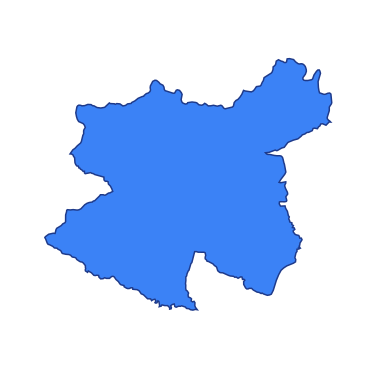 Quirinópolis, Goiás, Brazil (Mercator projection), rotated 351°
{"feature_id": "56859067B31652002665085", "entity_name": "Quirinópolis", "entity_type": "district", "adm_level": 2, "iso_a3": "BRA", "parent_name": "Brazil", "parent_adm1": "Goiás", "projection": "mercator", "projection_center": [-50.519, -18.453], "detail": "fine", "context": "isolated", "style": "filled", "palette": "blue", "viewbox_px": 384, "rotation_deg": 351, "n_neighbors": 0, "source": "geoboundaries", "source_scale": "gbopen_adm2", "svg_char_len": 5957}
<svg xmlns="http://www.w3.org/2000/svg" viewBox="0 0 384 384"><g transform="rotate(351 192 192)"><path d="M283.3,277.2L283.9,274.9L283.3,273.0L285.1,268.5L286.4,267.1L286.7,265.0L288.6,265.0L289.9,264.5L288.8,263.8L289.8,263.4L289.3,262.3L290.0,261.5L290.7,259.3L293.2,256.4L292.8,254.7L291.2,254.4L291.1,252.8L290.6,251.6L288.2,250.6L287.2,249.9L285.8,247.4L285.9,246.1L287.7,245.0L287.3,243.4L285.6,242.8L286.9,241.0L285.5,239.7L285.9,238.2L283.8,236.8L283.9,235.4L283.3,233.7L284.2,231.8L283.5,230.4L283.2,226.0L281.9,222.6L281.7,220.3L277.2,219.8L276.3,217.3L276.8,215.5L277.8,215.4L282.2,216.2L283.8,216.0L284.3,215.1L283.9,211.4L286.2,209.0L286.2,207.2L284.9,203.0L284.5,200.5L284.9,199.4L286.0,197.9L286.2,196.6L281.0,196.7L279.5,196.1L281.6,193.6L286.5,188.9L287.8,187.0L287.6,179.0L287.3,177.5L287.1,174.1L286.8,172.0L285.9,170.6L284.4,169.9L281.6,169.5L278.8,168.7L274.5,167.0L272.8,166.8L271.5,166.0L270.7,164.7L274.3,164.9L280.8,163.6L281.7,164.3L282.8,164.4L287.5,162.6L290.1,162.3L294.3,158.2L295.3,157.8L300.4,156.6L304.9,156.1L308.5,154.0L309.9,152.8L312.7,152.3L314.7,151.2L316.6,151.3L320.4,150.2L321.5,148.2L323.0,148.1L325.8,149.1L327.2,147.4L328.7,146.7L329.7,145.0L331.6,145.0L334.8,147.0L338.4,144.3L339.9,144.6L339.1,143.4L338.0,142.4L337.1,140.8L337.2,139.5L340.3,133.2L340.9,129.6L343.5,126.7L344.0,125.6L344.5,117.0L343.5,115.8L341.7,115.7L339.0,116.3L337.6,116.2L333.5,114.0L333.2,111.8L333.2,108.5L333.8,102.7L337.5,94.8L337.2,92.4L336.7,91.3L335.3,91.2L333.8,92.3L330.8,95.5L328.8,99.2L327.8,99.8L323.9,100.0L321.3,99.6L320.0,99.1L319.2,97.9L319.5,96.3L322.4,93.4L323.8,90.8L324.0,89.1L323.8,87.3L323.5,85.7L322.6,84.1L321.4,82.9L319.9,82.4L318.2,82.4L316.8,81.8L314.6,79.6L313.1,77.1L309.1,75.5L306.8,75.4L305.7,78.3L304.8,78.8L303.3,78.5L302.1,77.3L300.8,76.8L298.1,74.9L295.7,75.9L294.5,79.2L293.2,80.3L291.7,81.1L291.2,83.6L290.0,85.9L289.0,86.9L281.1,90.3L279.9,93.1L278.5,94.7L276.8,97.4L275.9,98.0L272.1,98.0L269.5,100.8L268.0,101.9L266.2,102.4L260.2,100.5L258.8,99.7L256.5,103.3L254.2,105.8L251.9,107.7L249.7,108.5L247.7,110.2L246.4,113.5L245.3,114.4L237.7,115.0L236.5,114.2L235.3,111.8L234.1,110.8L230.4,111.2L226.8,109.7L224.0,109.8L221.5,109.5L219.9,107.6L218.4,106.4L216.6,107.5L215.0,107.8L212.4,106.9L210.9,104.9L209.8,104.2L206.1,103.1L201.7,103.1L201.0,104.0L199.2,104.1L197.5,103.1L196.5,102.3L196.0,101.1L195.7,99.1L197.5,94.1L197.0,92.2L195.6,89.7L193.7,88.8L192.4,89.0L190.3,91.6L188.8,91.5L181.3,87.7L180.7,86.4L180.7,84.0L180.0,82.0L177.4,80.1L176.4,78.4L174.5,76.3L172.9,75.8L170.5,76.6L167.5,80.7L167.0,82.5L167.0,84.7L166.3,86.1L165.2,86.9L164.2,87.4L162.2,87.7L159.9,89.1L159.2,89.9L157.9,89.9L153.5,91.0L149.6,93.2L146.6,94.1L145.7,95.0L142.1,94.9L139.8,96.1L137.2,96.2L134.6,93.7L131.5,92.9L129.9,93.4L129.1,92.7L125.2,91.9L124.3,91.1L119.0,94.7L115.1,94.8L111.4,93.7L108.7,91.6L107.3,91.2L106.0,89.9L102.8,89.2L99.6,89.9L96.8,89.7L95.7,89.0L93.8,88.5L92.5,89.0L91.6,90.0L89.6,95.6L89.7,99.4L90.1,102.2L91.1,104.7L95.2,107.4L96.2,109.2L96.7,111.5L95.0,113.6L94.5,114.7L94.1,117.6L93.1,118.9L90.6,124.9L89.5,126.3L86.1,128.3L83.2,130.6L80.9,131.7L77.5,135.3L79.1,135.7L80.4,137.0L80.6,138.4L81.4,139.7L81.0,144.8L81.5,146.8L82.4,148.3L83.8,148.7L84.0,150.5L84.9,150.8L85.4,152.0L86.6,152.9L87.7,154.6L89.0,154.7L88.8,156.4L89.4,157.2L94.9,157.0L96.0,157.9L97.4,158.4L98.6,159.5L107.3,163.5L107.0,166.3L107.5,167.3L108.5,168.0L109.5,168.0L110.7,168.7L110.7,171.1L112.3,173.3L113.3,176.3L113.8,179.0L110.9,180.0L109.3,180.0L106.1,181.5L104.9,181.4L103.9,180.8L101.1,180.4L100.0,181.5L94.5,185.4L93.1,185.5L92.0,186.3L88.8,186.3L86.6,186.7L84.1,187.8L79.7,191.2L77.5,191.9L75.7,191.9L71.8,190.8L69.0,190.7L66.3,190.0L65.4,190.4L65.0,191.9L63.6,194.9L62.5,201.5L61.7,202.5L59.4,203.2L57.6,204.7L52.7,206.7L51.8,207.9L50.3,211.5L48.5,211.0L43.8,211.3L40.2,213.2L39.5,214.0L40.1,215.5L41.0,219.8L41.7,221.2L42.9,221.7L46.1,224.0L47.3,225.7L49.9,226.4L50.8,227.7L52.0,228.4L53.0,229.3L53.6,230.3L53.8,231.6L54.5,232.5L57.7,233.8L60.6,234.5L62.3,235.5L63.1,237.0L63.9,237.6L66.2,238.4L67.3,239.4L67.5,240.5L69.4,242.3L70.7,243.4L72.6,244.1L73.6,245.2L75.2,248.1L74.9,249.6L75.0,250.9L74.4,252.2L74.4,253.3L76.3,255.0L77.2,253.8L80.0,256.0L82.0,258.9L83.3,259.4L84.8,259.3L86.7,259.8L86.8,261.6L88.2,263.5L90.7,263.7L92.3,263.0L93.9,263.9L97.0,264.4L99.4,262.9L100.8,262.9L101.9,263.7L103.2,266.5L105.3,269.0L106.4,271.5L107.3,272.5L110.2,273.7L110.1,274.9L112.2,276.7L113.6,277.4L115.2,277.5L116.7,277.0L118.3,277.4L118.3,278.8L122.6,279.9L124.4,281.4L125.9,284.6L128.0,285.9L131.4,290.5L134.4,291.1L135.1,293.0L136.6,292.3L138.6,292.1L139.3,293.9L138.1,295.5L138.9,296.1L140.0,296.0L141.3,294.2L142.1,294.9L142.3,298.9L141.7,300.1L143.7,299.9L144.7,298.8L147.2,299.9L150.1,300.4L151.8,302.7L151.6,304.2L153.1,304.1L153.6,302.9L153.1,301.0L155.0,300.0L156.9,299.8L157.1,302.4L158.3,303.3L161.0,302.7L162.6,303.1L164.0,302.8L167.6,304.7L168.3,306.1L170.9,306.9L172.0,308.0L174.4,308.8L177.0,308.5L178.8,309.1L177.4,306.5L177.0,304.7L177.6,301.8L176.9,300.3L175.3,300.6L174.1,299.5L174.8,297.5L174.1,296.5L172.0,295.1L172.0,292.9L172.8,291.3L171.9,289.1L170.8,288.0L170.7,286.2L171.3,282.9L171.2,281.7L172.1,278.4L172.6,275.0L173.6,274.0L174.3,272.0L175.9,269.4L176.7,268.9L179.7,262.6L180.8,261.7L185.3,251.3L187.2,251.6L188.6,252.4L194.5,253.4L195.5,254.1L195.6,256.8L194.8,258.5L194.6,260.1L195.5,261.1L196.1,262.8L197.2,263.1L201.4,266.2L202.7,268.2L204.1,269.4L204.6,270.4L205.1,273.8L206.7,275.7L207.7,276.2L209.7,276.6L214.9,280.0L216.6,280.9L219.9,281.8L220.9,282.9L222.3,282.9L224.0,284.4L226.9,283.4L228.1,283.9L228.2,286.2L229.5,286.2L230.4,287.3L229.0,288.5L228.6,291.4L229.9,295.1L230.9,296.3L232.3,296.5L233.3,296.1L235.8,296.5L237.2,298.4L240.5,301.0L242.6,301.7L244.4,303.1L245.4,302.8L246.7,303.9L250.2,305.8L252.6,305.8L254.4,305.3L256.9,301.8L261.5,292.4L264.7,287.2L267.7,283.3L270.6,281.4L274.1,279.8L281.0,278.2L283.3,277.2Z" fill="#3b82f6" stroke="#1e3a8a" stroke-width="1.5"/></g></svg>